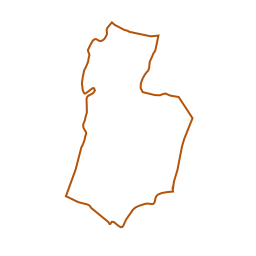 Hajjah, Equal Earth projection, rotated 199°
{"feature_id": "YEM-154", "entity_name": "Hajjah", "entity_type": "Governorate", "adm_level": 1, "iso_a3": "YEM", "parent_name": "Yemen", "parent_adm1": "", "projection": "equal_earth", "projection_center": [43.354, 16.097], "detail": "fine", "context": "isolated", "style": "outline", "palette": "amber", "viewbox_px": 256, "rotation_deg": 199, "n_neighbors": 0, "source": "natural_earth", "source_scale": "10m", "svg_char_len": 1508}
<svg xmlns="http://www.w3.org/2000/svg" viewBox="0 0 256 256"><g transform="rotate(199 128 128)"><path d="M110.7,34.5L112.8,34.0L113.6,30.9L113.5,30.7L116.0,32.7L136.7,40.4L138.9,42.0L141.5,42.5L150.8,41.7L164.5,43.3L164.0,71.8L165.8,94.5L165.4,97.2L165.2,100.8L165.3,103.7L165.7,106.1L165.6,108.6L166.3,110.3L170.1,113.6L171.5,116.5L171.3,121.4L171.8,125.5L171.9,129.3L176.7,142.1L176.7,144.4L175.5,146.2L173.9,147.8L172.6,149.2L171.9,151.0L171.5,152.7L173.0,154.5L174.4,154.2L179.1,147.1L180.3,146.4L181.5,147.3L183.1,149.0L186.2,155.5L187.4,161.8L188.2,168.3L187.7,171.5L187.3,177.5L188.0,181.6L188.3,184.7L190.4,187.2L191.3,188.7L190.6,194.7L189.7,199.2L188.4,201.2L186.6,201.7L184.3,201.1L182.3,201.2L180.6,202.5L179.6,204.0L179.0,205.7L178.6,208.0L178.5,210.2L180.2,214.1L180.0,216.4L177.6,222.6L174.3,221.2L163.0,219.5L160.4,219.8L157.8,219.4L136.2,222.1L129.3,225.3L127.5,210.9L127.7,208.7L128.2,207.0L129.0,197.4L127.6,192.0L127.6,188.9L128.6,186.6L129.5,183.8L130.2,179.6L130.4,174.4L129.0,169.8L125.8,166.7L113.1,167.9L108.3,169.4L106.5,171.1L103.8,172.8L98.6,172.4L90.2,173.8L70.2,158.3L70.2,158.1L71.3,135.4L70.9,127.8L67.6,104.6L67.1,92.3L66.9,91.1L66.2,87.7L66.3,87.8L66.4,87.3L66.4,86.5L66.2,85.5L65.9,84.7L64.9,83.0L64.7,82.6L70.6,79.9L74.9,77.5L78.1,74.7L79.2,72.0L79.0,69.3L78.7,66.8L79.2,64.7L80.5,63.9L85.3,62.8L87.1,61.9L92.5,57.8L95.1,55.2L96.7,52.4L99.8,41.6L100.3,38.5L100.5,35.0L101.1,32.7L102.7,31.8L105.8,32.6L110.7,34.5Z" fill="none" stroke="#b45309" stroke-width="2"/></g></svg>